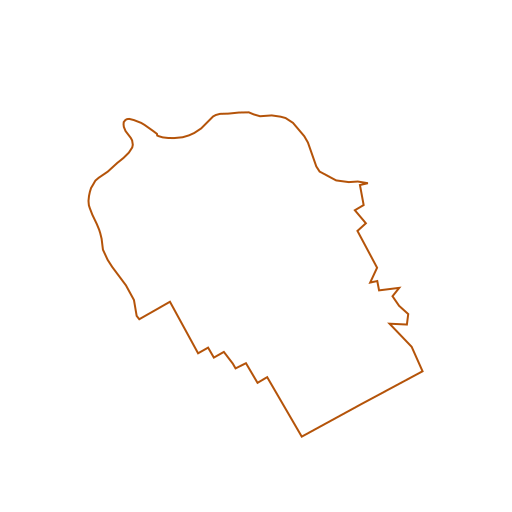 outline of Harrison, Indiana, United States of America, rotated 150°
{"feature_id": "52423323B9300257868576", "entity_name": "Harrison", "entity_type": "district", "adm_level": 2, "iso_a3": "USA", "parent_name": "United States of America", "parent_adm1": "Indiana", "projection": "albers", "projection_center": [-86.093, 38.19], "detail": "fine", "context": "isolated", "style": "outline", "palette": "amber", "viewbox_px": 512, "rotation_deg": 150, "n_neighbors": 0, "source": "geoboundaries", "source_scale": "gbopen_adm2", "svg_char_len": 1410}
<svg xmlns="http://www.w3.org/2000/svg" viewBox="0 0 512 512"><g transform="rotate(150 256 256)"><path d="M327.9,406.2L329.4,406.0L342.1,403.2L353.1,402.4L357.4,401.6L359.5,400.4L361.0,399.5L364.8,397.4L367.8,394.6L370.6,391.5L373.5,387.5L374.5,385.4L375.4,383.4L376.0,380.6L377.1,373.6L377.9,363.2L378.7,357.2L379.5,353.6L381.1,348.1L385.4,338.0L386.4,326.9L386.0,318.4L383.3,295.6L383.7,278.9L389.3,263.8L388.7,259.6L353.4,259.4L354.8,200.7L343.3,200.6L343.3,189.1L331.8,189.0L329.9,174.4L329.9,168.9L318.3,168.2L318.1,145.4L306.9,145.5L306.7,76.7L239.4,75.1L169.4,72.9L166.6,99.5L174.2,130.6L159.6,121.2L153.2,129.6L157.0,141.3L157.9,152.9L147.9,156.8L166.6,164.7L163.5,173.7L170.4,175.9L157.0,185.3L155.6,227.0L144.5,229.4L147.5,246.2L137.3,246.3L130.5,265.5L122.7,263.1L130.6,269.6L138.7,273.6L148.8,281.4L158.7,297.3L159.0,303.4L154.3,328.3L154.3,335.6L157.4,352.8L161.3,360.5L161.6,360.9L165.1,364.4L172.1,369.9L182.6,375.0L187.2,379.8L190.4,384.0L199.1,388.8L208.7,393.1L216.1,397.1L220.3,398.2L223.4,398.3L239.7,393.9L248.0,393.4L253.8,394.0L260.1,395.5L267.8,399.0L272.9,402.0L277.5,405.4L280.4,408.5L281.3,409.7L280.7,411.3L282.8,416.2L287.0,425.3L288.9,428.7L293.8,434.8L297.2,438.1L299.2,439.0L301.0,439.1L303.6,438.1L304.9,436.2L305.9,433.9L306.5,429.4L305.4,420.9L305.5,418.0L307.1,413.9L308.9,411.9L314.4,409.1L321.6,407.2L327.9,406.2Z" fill="none" stroke="#b45309" stroke-width="2"/></g></svg>